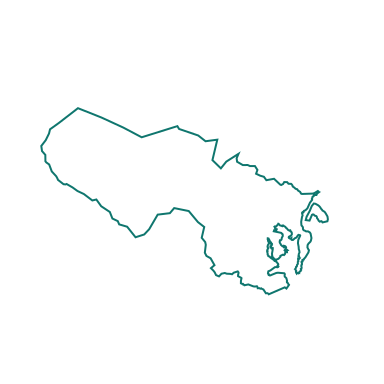 Nordreisa nor, Troms, Norway, rotated 147°
{"feature_id": "86288312B71509568732439", "entity_name": "Nordreisa nor", "entity_type": "district", "adm_level": 2, "iso_a3": "NOR", "parent_name": "Norway", "parent_adm1": "Troms", "projection": "orthographic", "projection_center": [21.218, 69.528], "detail": "fine", "context": "isolated", "style": "outline", "palette": "teal", "viewbox_px": 384, "rotation_deg": 147, "n_neighbors": 0, "source": "geoboundaries", "source_scale": "gbopen_adm2", "svg_char_len": 5886}
<svg xmlns="http://www.w3.org/2000/svg" viewBox="0 0 384 384"><g transform="rotate(147 192 192)"><path d="M270.7,204.5L265.3,198.2L264.0,184.8L255.2,182.4L248.2,184.1L233.1,191.7L222.1,186.3L215.7,188.2L205.1,177.8L203.4,163.5L200.8,156.0L208.8,148.3L208.2,142.8L209.2,140.2L214.3,134.1L214.7,130.5L212.5,126.3L213.0,118.4L217.6,117.8L216.9,114.5L216.7,112.3L217.1,109.2L215.3,106.5L211.8,107.4L208.6,106.2L207.4,104.6L204.5,102.5L203.2,101.2L201.0,101.6L196.9,100.5L196.8,99.3L197.0,98.8L198.6,97.3L199.2,96.3L197.6,93.5L197.4,92.8L199.3,90.9L200.7,88.8L200.3,88.0L199.3,87.2L199.5,86.4L198.8,85.7L198.8,85.2L195.1,83.8L192.0,79.5L190.7,78.4L188.9,77.6L188.8,77.4L189.0,76.2L189.3,75.5L187.8,74.6L187.4,73.7L186.4,73.5L186.1,72.6L185.2,71.4L185.2,66.8L183.9,66.1L183.3,65.0L183.3,64.4L166.1,61.5L165.4,59.6L161.2,61.3L161.2,61.5L161.4,62.1L161.2,63.1L161.3,63.9L161.6,64.4L161.4,65.0L160.7,65.6L160.0,67.7L159.8,68.5L160.3,70.5L160.0,71.3L158.9,72.5L158.8,73.3L158.9,73.6L163.9,77.5L165.4,78.2L172.1,79.5L172.9,80.6L172.9,81.0L172.6,81.7L172.4,81.4L172.4,81.7L172.6,81.9L172.6,82.4L171.2,83.9L168.9,83.5L163.4,83.8L162.0,82.9L161.3,83.1L161.5,82.7L161.4,82.4L160.5,82.2L160.0,82.5L160.1,82.9L160.8,83.4L159.0,84.4L158.9,85.2L159.1,86.1L159.1,86.8L159.4,87.8L159.1,88.1L159.1,88.4L159.6,88.4L160.3,89.2L160.3,90.2L162.0,94.4L162.1,95.5L162.9,96.6L162.6,97.1L162.7,98.3L162.1,99.1L161.7,100.4L160.9,101.1L161.2,101.5L160.6,102.3L158.5,103.4L158.8,104.0L158.3,105.2L157.2,106.2L155.5,106.9L155.6,107.0L154.9,108.4L154.9,109.6L154.3,110.5L154.3,111.1L153.7,111.9L153.4,111.6L153.6,111.4L153.2,111.1L153.2,109.8L153.6,109.0L153.4,108.6L153.7,107.9L153.4,107.2L153.5,106.8L153.2,106.5L153.5,105.6L153.2,105.1L153.6,104.7L153.9,104.9L153.7,104.2L154.3,103.8L155.1,103.8L154.9,103.6L155.9,102.8L155.8,102.6L156.1,102.2L155.3,101.4L155.5,101.2L155.0,101.0L155.3,100.6L155.1,100.5L155.2,100.3L158.6,96.6L159.4,94.9L159.9,94.7L160.0,94.3L159.5,92.4L159.8,91.6L159.9,90.6L159.5,89.4L159.3,89.3L159.4,90.5L159.2,90.6L158.6,89.5L155.9,88.9L153.1,89.6L152.6,90.3L149.8,89.9L149.2,89.0L148.6,89.1L147.7,89.4L145.8,91.5L145.7,91.8L146.0,92.1L146.1,92.7L145.8,92.8L145.5,92.6L145.7,92.3L145.6,91.8L145.2,91.6L145.5,91.2L145.7,90.3L145.2,90.4L145.0,90.1L144.9,90.3L145.1,90.5L144.9,90.9L144.1,91.0L144.2,91.4L143.6,91.2L143.7,91.6L144.8,91.8L145.0,92.4L144.6,93.1L143.4,94.0L143.2,94.4L143.2,95.3L143.6,96.2L144.1,96.7L144.4,96.2L144.3,95.2L145.0,95.3L145.1,95.6L144.8,96.8L145.7,97.2L146.2,99.3L146.0,100.1L146.0,101.5L145.7,102.4L144.9,103.3L144.5,103.6L144.0,103.1L142.8,103.4L141.6,104.7L139.9,105.6L139.2,106.7L139.0,107.7L139.4,108.1L139.4,109.0L139.6,109.3L144.8,114.5L143.9,115.2L143.0,114.5L142.9,113.7L141.6,114.3L141.2,114.6L142.1,115.8L142.1,116.6L141.7,117.5L141.7,118.0L141.1,118.0L140.3,117.2L137.1,118.2L137.5,119.0L136.7,118.2L136.6,117.7L136.8,118.0L136.7,117.7L136.8,117.6L136.4,116.1L135.3,114.8L135.9,114.8L135.0,114.7L134.8,114.1L134.4,114.1L134.4,114.6L133.7,114.4L134.2,114.4L133.6,114.1L133.6,113.6L132.7,112.0L132.6,110.3L132.3,109.9L132.1,107.9L131.4,106.6L130.5,106.5L130.4,106.1L130.8,105.2L130.4,104.4L130.5,103.5L131.2,102.2L132.5,101.5L135.1,101.7L135.6,101.3L135.7,100.7L135.4,100.5L135.4,99.9L135.0,99.7L134.8,99.2L133.8,99.2L134.4,98.5L134.5,97.6L133.5,96.8L130.6,97.2L129.2,96.9L126.8,98.0L125.9,98.0L124.9,96.8L125.0,96.5L129.0,93.9L131.0,91.4L132.4,88.0L133.6,85.9L134.0,84.3L134.7,82.8L136.4,81.7L137.1,80.2L137.6,80.2L137.4,79.2L137.5,78.6L138.2,78.0L138.0,77.8L139.0,77.5L139.4,78.2L140.2,76.9L140.4,76.1L141.4,75.7L142.3,74.1L143.6,73.7L144.6,72.5L145.4,72.6L146.4,71.6L147.5,71.2L147.3,70.8L147.6,69.9L147.6,69.2L147.9,69.2L148.6,67.7L148.6,67.0L148.2,66.9L148.3,66.7L147.8,66.8L147.3,65.9L146.2,66.2L146.0,65.8L145.4,66.5L143.8,66.6L143.6,67.0L143.0,67.1L142.6,68.2L142.0,68.1L141.4,68.7L141.0,69.3L140.7,70.4L139.9,71.2L139.4,71.2L138.8,72.0L138.5,72.6L138.5,73.2L138.1,73.8L137.1,73.5L136.5,74.1L136.6,74.7L136.4,74.9L135.0,74.5L134.7,74.9L132.6,75.4L127.3,77.9L125.6,79.5L125.7,80.2L125.4,82.6L124.0,84.5L122.4,85.3L119.9,85.8L118.8,86.4L116.9,88.3L115.2,92.5L115.2,93.9L116.1,95.7L117.8,96.8L118.1,97.6L119.2,99.2L119.1,100.5L118.2,102.0L118.2,103.4L118.4,103.9L118.3,104.6L116.7,107.5L113.2,111.3L112.0,112.1L111.2,114.4L110.9,114.7L110.0,114.2L109.4,114.4L109.4,114.9L109.1,114.9L109.0,115.4L108.9,114.8L108.3,115.2L106.8,114.9L104.2,115.4L98.9,118.8L95.5,120.0L95.3,120.4L95.3,120.9L94.2,121.6L93.8,122.2L92.2,122.3L92.1,122.7L91.4,123.0L90.5,122.9L89.6,122.3L89.5,122.2L89.9,122.1L89.3,121.7L87.9,122.6L85.9,122.7L86.0,122.8L85.6,123.4L85.9,124.3L89.9,124.4L91.6,124.9L100.9,130.5L101.5,131.5L101.3,132.1L101.3,133.3L102.4,135.8L102.2,136.6L102.3,137.1L103.4,138.3L103.8,140.1L104.4,141.3L104.5,142.0L104.2,142.5L104.2,143.8L104.4,144.8L106.6,146.4L106.8,148.4L109.2,150.1L111.3,149.1L113.4,149.3L114.0,150.2L116.0,158.4L123.2,161.4L123.4,165.6L125.9,168.5L128.3,172.4L125.1,174.9L125.1,179.5L129.2,182.1L130.6,184.3L134.7,186.9L137.7,192.8L136.2,196.0L132.2,198.7L146.7,198.8L154.9,196.1L157.5,207.6L142.3,222.1L153.0,227.2L156.0,236.0L168.5,251.9L168.4,255.2L204.4,265.3L214.5,283.4L227.4,303.8L242.0,324.4L266.2,322.4L276.9,321.9L280.1,318.9L286.5,315.1L293.3,312.7L295.5,308.0L294.8,303.0L298.2,297.6L298.1,296.2L296.8,292.9L298.4,285.6L297.3,279.1L297.5,276.6L297.8,275.2L295.5,268.5L293.9,267.2L292.8,267.0L289.7,260.9L287.5,255.2L283.8,249.2L280.2,239.2L276.3,237.8L275.9,229.5L271.8,220.0L273.2,213.1L270.1,208.0L270.7,204.5ZM111.9,106.5L109.0,104.0L103.8,107.5L102.9,107.4L102.3,106.9L101.9,105.2L101.0,104.3L100.8,103.5L101.4,101.8L101.2,100.7L101.4,98.9L101.0,97.5L99.5,97.2L99.2,96.7L99.1,95.4L94.4,93.7L92.9,95.1L91.7,97.7L91.5,101.4L91.6,103.2L92.7,105.5L92.6,106.3L92.9,107.7L92.8,109.0L93.0,110.8L93.5,112.3L94.9,114.9L96.1,116.0L99.2,115.0L103.4,112.1L109.4,108.8L111.9,106.5Z" fill="none" stroke="#0f766e" stroke-width="2"/></g></svg>